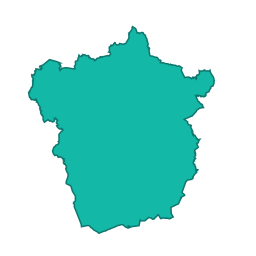 the district of Tacámbaro, Michoacán, Mexico, rotated 171°
{"feature_id": "50627088B98696498668505", "entity_name": "Tacámbaro", "entity_type": "district", "adm_level": 2, "iso_a3": "MEX", "parent_name": "Mexico", "parent_adm1": "Michoacán", "projection": "albers", "projection_center": [-101.483, 19.25], "detail": "fine", "context": "isolated", "style": "filled", "palette": "teal", "viewbox_px": 256, "rotation_deg": 171, "n_neighbors": 0, "source": "geoboundaries", "source_scale": "gbopen_adm2", "svg_char_len": 5848}
<svg xmlns="http://www.w3.org/2000/svg" viewBox="0 0 256 256"><g transform="rotate(171 128 128)"><path d="M201.9,203.6L205.6,202.7L205.7,202.2L203.9,202.3L204.4,201.9L204.4,201.4L203.6,200.8L203.6,200.4L204.4,200.0L205.1,200.2L205.0,199.3L209.7,200.8L209.7,199.5L210.1,199.0L210.8,199.0L210.6,198.6L211.1,198.5L211.1,196.9L211.5,196.0L212.6,195.7L212.5,194.9L214.3,195.3L214.6,195.7L214.9,195.3L214.5,194.8L214.9,193.6L213.8,191.9L214.2,191.2L214.0,190.4L214.7,190.1L214.4,189.3L214.8,189.0L214.4,188.6L215.2,187.0L214.8,186.4L215.3,186.0L215.3,185.4L215.6,185.0L215.7,183.9L216.3,183.7L216.4,183.1L217.2,183.0L218.1,181.3L219.4,180.1L219.3,179.1L220.6,178.8L220.5,174.2L220.3,173.4L219.5,173.1L219.4,171.7L218.9,171.0L217.8,171.0L215.5,169.9L214.7,170.3L215.1,170.8L214.8,171.1L214.0,170.6L214.3,169.8L213.7,168.8L214.3,168.1L213.5,167.9L213.4,167.2L212.9,166.7L212.7,164.9L211.3,162.2L212.2,161.4L211.6,160.4L212.0,159.8L211.3,159.1L211.8,158.7L210.9,157.7L211.8,157.1L211.6,156.4L211.8,155.8L211.3,154.7L210.8,154.4L211.0,153.7L210.0,152.8L210.6,149.4L209.7,146.8L205.7,148.7L204.3,147.1L203.8,147.5L201.7,145.8L200.9,145.8L199.4,146.6L199.3,148.6L198.8,147.9L197.8,148.4L197.7,148.8L197.2,147.9L197.0,146.6L196.4,146.5L197.3,145.4L197.4,144.8L198.0,144.3L196.6,141.8L198.1,141.4L197.6,140.0L196.0,137.9L194.2,137.3L194.0,137.9L192.5,136.8L192.9,135.6L194.1,135.3L197.2,132.5L197.9,127.6L198.4,125.9L199.0,125.4L198.4,124.8L198.4,124.1L199.8,122.8L202.1,122.2L202.8,121.1L204.1,120.7L205.3,118.7L205.4,118.2L205.9,117.7L206.1,116.4L205.5,113.8L204.5,112.2L203.3,112.6L202.1,111.9L201.7,111.1L201.9,110.6L200.9,109.8L199.3,110.3L198.8,109.4L197.6,109.0L197.5,108.4L196.1,107.7L197.0,107.1L196.9,106.3L196.0,106.1L196.0,105.2L197.2,104.4L197.1,103.3L196.4,102.8L196.1,102.5L196.4,102.1L195.6,101.8L195.0,100.3L194.9,98.6L195.4,98.3L195.9,97.5L195.1,93.9L194.4,92.4L194.7,89.9L197.6,84.3L197.7,82.7L193.5,79.7L192.7,74.0L190.6,69.1L191.4,64.2L193.1,63.2L193.7,62.3L192.8,60.4L193.4,58.9L189.3,40.5L189.4,37.8L183.0,38.0L181.4,37.5L180.4,35.7L178.7,34.1L177.8,32.7L174.4,30.1L173.3,28.6L167.3,30.0L166.3,29.7L165.5,30.3L154.6,32.8L153.0,33.4L151.8,33.2L150.0,33.6L148.2,33.3L145.9,30.6L143.8,29.3L143.1,29.8L142.9,30.3L143.3,31.1L142.4,31.1L142.1,30.8L142.0,30.0L142.3,29.4L139.6,30.0L132.4,29.8L130.4,35.1L129.8,34.3L125.8,33.7L121.5,36.4L119.4,35.5L118.0,34.1L116.7,34.0L113.1,36.6L112.4,37.6L111.6,37.6L109.9,33.4L108.2,33.5L107.4,33.9L105.7,33.1L103.1,32.7L101.2,31.8L97.3,33.1L98.9,37.3L98.6,37.4L98.0,42.9L89.9,45.3L87.1,49.8L86.6,50.0L86.7,51.1L82.5,52.7L82.7,53.4L84.8,55.8L79.4,65.7L77.3,67.3L73.1,67.3L71.4,68.5L71.6,69.5L69.4,71.9L67.1,73.5L67.8,75.1L66.7,75.4L65.6,74.9L66.0,75.3L65.5,75.7L67.5,76.8L67.3,79.0L68.1,80.6L67.8,80.9L67.8,81.7L69.0,82.5L68.9,83.6L68.4,85.0L67.5,85.1L67.7,86.2L66.0,87.2L66.8,89.5L65.5,90.3L65.4,90.7L65.7,91.7L65.3,92.3L65.8,92.5L65.4,92.9L65.5,94.2L65.8,94.2L65.6,94.5L65.7,95.7L61.6,98.0L62.7,102.0L60.9,102.4L59.9,104.6L58.9,105.5L60.9,105.5L61.2,106.6L62.0,106.6L61.9,107.2L63.1,110.3L64.7,110.1L64.9,110.8L64.5,110.8L64.2,111.4L64.7,111.6L64.6,112.5L65.1,112.5L65.4,113.3L65.4,114.2L64.7,114.3L65.0,115.2L64.8,115.5L65.3,116.6L65.4,117.6L66.1,118.6L65.1,120.6L66.2,121.3L67.1,121.4L67.8,122.0L68.4,123.5L68.1,124.6L71.1,127.8L63.4,129.8L62.9,129.7L58.1,133.6L57.3,134.8L54.1,136.4L50.3,136.4L51.0,137.8L50.7,138.7L50.8,139.1L51.6,140.2L52.6,140.3L53.4,142.4L54.5,143.2L56.2,149.4L54.4,148.6L54.3,149.6L53.6,149.2L53.3,148.6L52.8,149.0L51.7,148.7L51.9,148.5L51.2,148.0L51.2,147.6L50.3,147.4L50.0,147.5L49.1,147.8L48.5,147.0L47.8,147.0L47.2,147.5L46.4,147.4L45.8,148.3L46.2,149.2L45.3,150.3L42.3,151.3L41.5,152.9L40.0,154.3L39.8,155.5L39.2,156.0L37.5,156.2L36.0,158.9L35.7,161.1L35.4,161.3L35.6,164.5L37.8,169.8L38.0,172.2L38.3,171.9L39.5,171.6L40.9,172.1L42.1,172.0L43.3,172.9L43.3,173.3L44.4,173.1L45.1,172.5L47.0,172.9L47.7,172.6L48.7,173.5L48.8,170.9L50.0,169.4L51.4,169.6L52.1,169.0L52.2,168.2L52.7,167.4L52.4,166.3L53.0,165.6L53.7,167.8L54.3,167.6L55.2,167.8L54.9,167.4L55.1,167.1L55.8,167.6L55.9,167.1L56.5,167.6L57.5,166.6L58.4,167.8L59.4,167.9L59.7,168.7L61.4,169.0L64.1,169.0L66.4,176.5L65.2,179.2L66.1,179.7L67.7,181.4L69.8,181.2L71.1,182.4L73.3,182.9L74.2,183.5L75.4,183.7L75.9,184.3L77.4,184.1L77.4,184.3L78.4,185.1L80.6,185.6L83.2,187.1L84.2,186.9L85.9,187.5L85.1,188.5L85.3,189.4L85.1,189.6L85.7,190.1L86.6,190.0L87.9,192.8L89.0,193.5L90.5,193.8L92.9,195.3L94.3,195.5L95.1,196.2L95.1,201.7L94.4,202.7L95.3,203.2L95.3,204.1L94.6,203.8L94.6,204.0L95.4,204.4L95.6,205.9L96.0,205.9L95.3,207.3L94.9,207.6L95.4,210.4L94.9,210.1L95.5,211.0L95.4,213.0L96.1,214.1L96.0,214.8L96.4,216.1L96.3,216.9L97.7,218.1L98.2,219.8L99.0,220.1L100.1,220.2L101.5,219.4L102.3,220.4L104.0,220.4L104.9,225.0L107.7,227.4L108.2,226.7L108.5,224.9L111.0,222.4L112.4,221.6L111.9,220.8L112.5,220.4L113.0,216.6L117.0,211.9L119.9,211.5L123.1,212.8L124.0,211.6L125.0,211.6L126.3,212.0L127.3,213.0L127.2,214.0L127.8,214.4L130.3,212.0L130.5,212.3L132.1,212.4L132.0,211.5L133.9,210.8L134.3,206.6L135.2,206.0L133.8,205.4L133.7,203.5L135.8,202.1L136.5,202.7L142.3,202.3L142.6,201.9L143.2,201.9L143.5,202.7L144.4,202.7L144.9,201.9L145.9,201.5L146.7,201.8L147.9,201.5L148.7,200.9L148.7,200.5L150.4,199.7L150.5,200.9L151.3,201.2L151.7,201.9L152.3,201.6L153.0,201.7L154.8,203.5L155.7,203.7L155.6,204.1L155.1,204.2L155.5,204.7L155.6,205.7L158.1,205.9L159.1,207.0L161.0,207.6L160.9,207.1L161.7,206.2L162.4,206.8L163.4,205.9L164.4,206.5L165.0,207.6L165.4,206.8L165.2,206.4L166.3,205.0L167.1,202.6L169.5,202.0L169.8,201.0L169.7,199.2L171.4,197.1L170.8,195.3L171.4,194.6L179.8,197.3L183.5,197.2L184.0,197.5L184.7,197.2L184.9,196.2L186.1,195.4L186.6,197.9L184.7,199.4L185.1,201.1L185.7,201.1L186.0,202.7L185.6,203.1L185.3,202.8L184.8,202.8L188.2,204.8L194.8,207.8L201.9,203.6Z" fill="#14b8a6" stroke="#0f766e" stroke-width="1.5"/></g></svg>